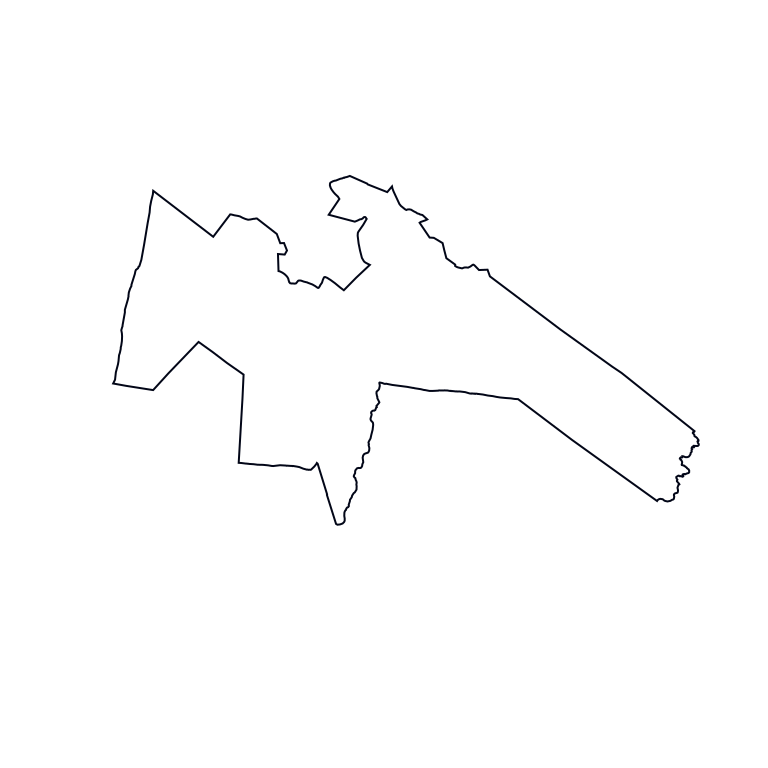 Mandlakaze, Gaza, Mozambique, rotated 127°
{"feature_id": "85939544B24219595709494", "entity_name": "Mandlakaze", "entity_type": "district", "adm_level": 2, "iso_a3": "MOZ", "parent_name": "Mozambique", "parent_adm1": "Gaza", "projection": "equal_earth", "projection_center": [34.02, -24.531], "detail": "fine", "context": "isolated", "style": "outline", "palette": "ink", "viewbox_px": 768, "rotation_deg": 127, "n_neighbors": 0, "source": "geoboundaries", "source_scale": "gbopen_adm2", "svg_char_len": 6073}
<svg xmlns="http://www.w3.org/2000/svg" viewBox="0 0 768 768"><g transform="rotate(127 384 384)"><path d="M234.1,518.0L238.4,536.5L241.0,538.2L242.6,539.6L243.1,539.7L243.3,540.2L244.8,541.0L246.4,542.4L250.5,544.9L251.4,545.8L253.0,546.9L255.3,547.9L256.0,547.9L256.7,547.6L258.2,546.5L258.9,545.3L259.2,545.1L260.2,543.0L261.2,539.7L261.7,537.2L262.1,533.5L263.1,531.0L282.1,530.0L271.9,505.0L269.4,503.5L267.0,502.3L265.9,501.2L264.4,500.6L263.6,500.6L262.6,500.3L262.0,499.5L262.0,499.0L262.6,497.2L269.4,496.4L277.8,496.1L279.1,495.8L281.4,494.3L287.1,488.8L291.8,483.5L296.6,477.5L297.9,474.4L298.2,473.4L298.2,471.8L297.4,467.0L315.9,470.2L333.3,472.5L333.3,477.0L333.0,483.9L333.1,489.8L333.2,490.2L333.4,493.2L334.0,495.4L334.6,496.0L335.3,496.0L337.6,495.5L340.4,494.5L343.4,494.4L344.8,494.1L346.6,494.1L346.9,494.4L347.1,494.9L347.2,497.9L347.6,501.1L349.0,505.8L349.0,506.2L350.5,509.7L351.4,512.6L352.5,514.2L353.3,514.7L356.5,514.8L357.5,515.6L358.7,517.5L359.3,518.2L360.0,519.6L359.7,521.0L359.4,521.2L359.0,522.0L357.4,524.0L356.8,525.4L356.4,526.9L356.1,529.5L356.2,532.0L356.7,534.8L357.3,536.2L344.0,546.9L340.4,541.2L335.8,541.8L331.6,548.7L334.0,551.6L328.7,559.9L328.3,585.1L329.0,586.0L329.9,586.7L330.4,587.4L333.1,589.8L334.6,591.4L335.6,594.0L336.4,597.1L336.8,599.7L337.5,601.5L339.3,605.0L340.4,607.7L341.1,608.9L369.2,609.0L368.6,684.6L371.7,682.7L377.9,680.1L383.2,677.5L388.1,674.4L397.7,669.6L417.2,659.4L430.9,652.5L436.8,650.4L437.4,650.3L438.0,650.6L439.6,650.1L442.2,650.8L443.6,650.4L446.1,649.2L455.7,645.8L457.0,645.3L457.7,644.7L460.5,644.2L464.4,642.9L467.3,641.2L467.7,640.8L470.7,639.4L480.7,635.6L482.8,634.0L494.3,628.2L495.4,627.5L496.5,627.2L499.1,626.2L501.2,623.9L503.5,621.9L507.4,619.2L511.4,617.0L513.1,616.3L514.6,615.3L518.1,613.7L520.5,612.9L525.5,609.8L528.4,608.3L536.0,605.2L542.4,601.4L546.6,600.6L540.6,588.7L527.8,564.7L505.2,562.6L462.0,557.4L461.6,540.0L461.7,522.1L461.0,501.8L480.9,488.2L534.4,452.6L532.9,450.3L530.5,446.1L530.2,445.8L529.9,445.1L529.6,444.8L529.0,443.6L526.6,440.0L524.5,436.3L521.4,432.0L518.7,427.6L517.0,424.3L516.2,423.1L511.4,418.1L508.2,413.3L508.0,412.7L507.7,412.5L505.1,408.5L504.8,408.2L504.6,407.6L504.2,407.3L502.4,403.9L501.3,401.6L500.2,397.5L498.8,394.0L498.5,393.8L497.9,392.5L497.6,392.3L496.7,391.0L496.3,390.7L491.9,390.0L488.7,389.9L487.5,390.1L487.6,389.0L506.4,363.0L506.9,362.9L524.6,338.1L524.4,336.5L522.6,334.6L520.3,333.1L518.2,332.8L516.9,333.1L515.0,334.5L513.3,336.3L510.6,338.2L509.5,338.6L508.2,338.8L507.5,338.6L506.2,339.1L504.9,339.1L503.9,338.5L502.6,338.6L501.7,339.5L498.2,340.7L496.9,341.5L493.9,341.6L492.3,342.3L489.4,342.5L488.1,342.1L484.9,342.4L482.0,344.4L481.0,345.5L479.2,346.5L478.3,347.5L477.6,348.9L476.4,350.3L476.4,351.5L475.8,352.7L474.6,353.1L472.6,353.4L471.4,354.3L470.2,354.9L467.6,354.8L466.5,354.0L465.8,352.9L465.1,352.1L464.1,351.9L462.7,352.1L461.1,353.0L458.9,353.5L455.7,356.7L453.7,357.6L452.1,357.7L450.9,357.2L448.5,355.5L447.3,355.5L446.1,355.8L444.0,357.1L442.0,359.6L441.1,359.8L440.2,361.1L439.1,361.5L435.6,362.0L432.1,363.6L427.3,365.6L423.2,368.0L422.2,368.9L421.5,369.7L421.0,372.4L420.4,373.4L419.6,374.0L415.9,375.4L415.3,376.1L414.9,376.9L414.0,377.3L412.6,377.1L411.7,376.6L411.2,375.8L410.1,375.3L407.7,376.0L406.8,375.8L406.2,376.8L402.2,376.6L401.4,376.7L399.4,380.7L398.0,381.9L397.9,382.3L395.9,384.5L394.5,385.3L392.2,384.9L391.0,384.9L388.1,386.2L387.1,387.1L386.5,387.9L386.1,388.1L385.9,388.4L385.5,388.4L385.1,387.8L384.2,385.8L383.7,384.0L383.2,383.1L382.5,382.5L379.8,376.9L372.3,363.7L369.6,358.3L369.3,358.0L369.0,357.1L366.0,351.5L364.6,348.2L364.3,347.9L362.2,343.6L360.2,340.9L356.6,336.6L356.1,336.3L353.0,332.1L352.6,331.8L351.9,330.6L351.1,329.6L349.6,326.7L349.2,326.5L348.8,325.4L348.5,325.2L346.5,321.8L346.1,321.5L345.7,320.7L344.3,318.9L341.6,314.2L340.0,309.9L339.5,309.0L339.1,308.7L338.9,308.1L338.5,307.9L337.8,306.6L337.5,306.4L337.4,305.9L337.0,305.6L336.9,305.1L336.5,304.9L335.8,303.9L335.5,303.0L335.2,302.7L332.9,298.7L330.7,294.1L328.2,289.8L326.7,286.6L324.9,283.2L321.7,278.0L319.1,274.0L317.4,270.8L315.4,267.8L315.5,200.2L313.1,95.5L311.9,95.6L310.4,95.0L309.5,94.3L308.3,92.1L308.4,89.8L308.1,88.9L307.2,86.9L304.9,84.9L303.4,84.4L302.1,83.5L301.3,83.4L299.3,84.4L298.3,85.6L297.6,86.0L296.1,85.7L294.8,84.6L294.1,84.2L293.4,84.4L292.2,85.0L291.3,85.9L290.4,87.0L290.0,87.3L287.3,88.1L286.4,87.7L286.1,88.2L285.4,91.5L285.1,91.8L283.8,92.1L283.4,93.5L282.9,94.2L282.3,94.6L280.1,93.8L279.7,93.3L279.8,92.5L279.3,91.8L278.9,91.6L278.6,90.5L278.5,89.9L277.9,89.5L277.3,89.5L276.9,90.1L277.1,90.5L276.6,91.0L276.0,90.8L275.1,90.0L274.7,89.0L273.5,88.5L271.8,87.2L270.8,87.2L270.2,87.7L269.7,87.9L268.9,89.2L268.9,91.4L268.7,91.6L268.6,92.1L268.7,93.3L268.5,93.7L268.8,94.9L268.6,95.3L268.8,95.8L269.5,97.4L269.3,97.7L267.9,98.3L266.9,98.9L265.9,100.6L265.8,101.0L266.0,101.5L265.6,102.0L265.6,102.8L265.1,103.0L263.9,102.8L263.2,101.7L262.3,101.7L262.0,102.1L261.6,101.4L261.1,99.4L260.5,98.5L259.5,97.4L258.2,96.8L255.8,96.9L254.5,97.6L253.0,97.5L252.6,97.7L251.8,98.6L250.7,98.6L250.2,99.7L249.1,100.0L248.7,99.5L248.3,98.6L248.1,98.4L247.8,98.4L247.4,99.6L247.1,99.6L245.0,96.5L244.4,96.0L243.4,95.9L242.6,96.4L242.1,98.0L241.2,98.7L241.2,99.0L240.8,99.1L240.4,98.6L240.2,98.6L239.5,99.1L238.7,101.6L238.6,103.1L238.8,104.2L238.7,104.8L237.8,105.6L237.3,107.9L236.7,108.2L236.2,108.1L235.6,107.5L234.8,107.6L232.2,200.8L232.8,212.1L234.3,275.8L234.3,364.2L230.4,370.1L235.8,376.7L234.8,383.0L234.8,383.9L235.0,384.6L235.8,385.0L238.2,385.7L240.5,386.9L241.5,388.6L242.4,389.7L243.4,390.5L244.4,391.0L244.8,391.5L246.3,394.9L246.8,396.6L246.9,398.1L246.9,398.3L245.8,399.0L246.0,409.9L241.1,416.1L236.2,422.0L237.3,432.2L239.6,435.7L233.8,452.6L232.5,452.2L228.3,449.4L226.5,448.5L225.9,455.0L226.9,457.2L227.0,458.3L227.7,460.1L227.7,461.5L228.2,464.2L228.5,467.3L229.3,468.9L230.4,470.2L231.6,470.9L231.8,472.4L231.6,477.6L231.0,480.0L224.5,492.2L222.8,494.9L221.4,496.5L228.8,496.9L234.4,517.2L234.1,518.0Z" fill="none" stroke="#020617" stroke-width="2"/></g></svg>